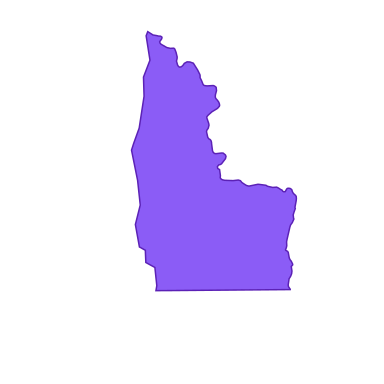 Warren, New Jersey, United States of America, rotated 131°
{"feature_id": "52423323B72584796071045", "entity_name": "Warren", "entity_type": "district", "adm_level": 2, "iso_a3": "USA", "parent_name": "United States of America", "parent_adm1": "New Jersey", "projection": "robinson", "projection_center": [-75.098, 40.843], "detail": "fine", "context": "isolated", "style": "filled", "palette": "violet", "viewbox_px": 384, "rotation_deg": 131, "n_neighbors": 0, "source": "geoboundaries", "source_scale": "gbopen_adm2", "svg_char_len": 2156}
<svg xmlns="http://www.w3.org/2000/svg" viewBox="0 0 384 384"><g transform="rotate(131 192 192)"><path d="M131.6,122.9L131.9,123.9L131.5,125.3L131.7,126.0L131.9,126.6L132.3,129.5L132.8,131.3L135.6,134.1L138.1,138.7L138.4,140.6L141.9,145.9L142.9,147.3L150.2,152.9L151.3,155.1L151.6,156.7L152.1,160.5L151.7,162.9L152.6,164.9L156.5,168.5L161.8,175.1L162.8,177.0L163.1,178.2L162.8,180.0L161.0,181.3L157.0,185.9L157.4,188.0L156.2,189.5L154.0,189.6L152.8,188.7L151.4,188.2L144.9,188.6L142.8,189.7L142.1,191.1L142.2,194.0L143.1,195.2L147.4,199.1L148.2,200.4L148.1,202.2L147.4,203.6L142.6,209.0L141.6,210.0L140.7,211.5L140.5,212.7L140.8,214.0L140.5,215.8L137.0,220.6L135.7,221.3L133.2,221.6L130.4,223.0L129.2,224.5L126.6,229.0L125.8,230.0L125.3,230.2L123.2,230.2L118.5,229.6L112.1,227.6L109.4,227.6L108.5,228.0L107.7,228.9L106.7,230.6L106.1,232.9L105.8,235.4L105.1,236.7L103.3,238.1L99.4,240.0L97.2,242.4L97.1,243.2L97.3,244.8L97.7,245.8L102.1,250.3L103.4,252.3L103.7,253.4L103.5,254.3L101.8,257.6L100.4,260.9L99.0,262.1L98.9,262.2L98.2,263.1L96.2,267.9L93.9,275.5L95.2,278.8L97.0,281.1L99.9,282.2L102.6,281.9L104.4,282.2L105.8,283.1L106.1,284.2L105.8,285.9L103.4,289.6L101.1,290.8L99.8,291.8L97.1,295.6L95.4,298.8L95.4,300.1L97.8,302.6L99.5,305.8L100.8,312.4L100.5,314.1L99.8,315.0L96.6,315.3L95.3,315.8L94.8,316.5L95.0,317.9L96.3,319.6L97.1,321.2L99.1,324.5L100.0,330.6L104.2,329.1L120.1,310.2L137.1,304.0L151.2,291.0L178.4,273.8L193.6,267.9L200.1,265.1L218.9,240.7L235.8,222.5L253.7,213.4L268.0,195.6L266.6,189.0L275.5,180.6L273.3,170.5L285.8,157.1L290.1,154.5L280.7,143.8L200.8,53.4L201.0,53.9L200.2,57.0L199.1,58.4L193.8,61.8L190.8,62.3L188.3,63.2L186.1,64.7L183.1,68.2L180.9,68.2L180.3,68.9L179.1,71.7L178.8,73.4L178.2,74.9L177.3,76.2L174.4,79.8L174.1,80.9L174.5,83.0L174.3,83.5L172.1,84.3L170.4,85.2L167.6,87.9L166.1,88.8L154.1,95.2L152.1,96.0L149.4,96.2L145.5,97.4L145.2,98.1L142.9,100.6L140.5,101.7L136.7,103.2L136.1,104.2L130.3,107.6L128.6,108.8L127.0,110.4L126.6,111.6L126.6,113.8L126.4,115.1L125.9,116.4L124.8,118.2L124.8,119.9L125.6,121.4L126.7,122.4L127.7,122.5L130.6,121.9L131.6,122.9Z" fill="#8b5cf6" stroke="#5b21b6" stroke-width="1.5"/></g></svg>